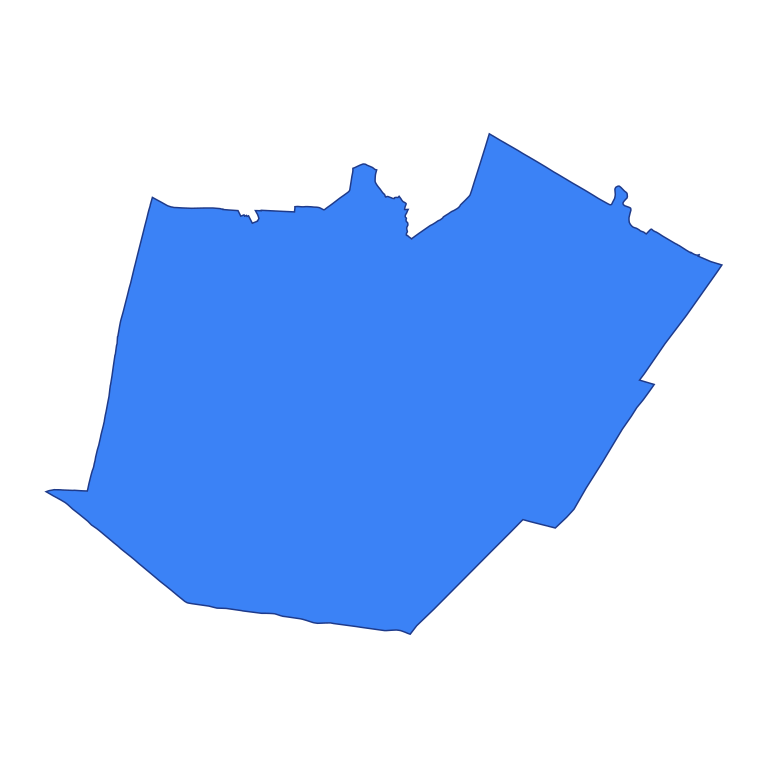 Gratia, Teleorman, Romania (Mercator projection)
{"feature_id": "2599482B57030470282711", "entity_name": "Gratia", "entity_type": "district", "adm_level": 2, "iso_a3": "ROU", "parent_name": "Romania", "parent_adm1": "Teleorman", "projection": "mercator", "projection_center": [25.423, 44.436], "detail": "fine", "context": "isolated", "style": "filled", "palette": "blue", "viewbox_px": 768, "rotation_deg": 0, "n_neighbors": 0, "source": "geoboundaries", "source_scale": "gbopen_adm2", "svg_char_len": 6042}
<svg xmlns="http://www.w3.org/2000/svg" viewBox="0 0 768 768"><path d="M410.2,634.2L416.7,625.7L433.9,609.2L490.9,551.8L510.9,531.8L522.9,519.6L530.5,521.7L555.3,528.0L566.6,517.3L574.0,509.2L586.2,488.0L601.9,463.1L622.3,429.2L631.3,416.3L636.8,407.6L643.3,399.7L650.2,390.2L654.2,384.5L639.5,380.1L644.2,373.9L665.0,343.7L686.5,315.3L717.6,271.3L721.9,265.0L710.8,261.6L698.2,256.2L699.7,254.4L699.2,254.6L698.7,254.9L698.1,255.1L697.3,255.1L696.3,255.0L694.9,254.6L693.4,253.9L690.9,252.4L690.7,252.8L690.0,252.4L686.0,250.0L678.9,245.4L677.9,245.0L677.3,244.5L675.4,243.6L673.0,242.2L669.6,240.2L662.5,236.0L658.7,233.5L656.1,232.0L655.1,231.7L654.6,231.3L653.6,230.9L652.4,229.9L651.6,229.2L651.1,229.2L650.7,229.4L649.9,230.1L646.3,233.9L645.7,233.6L643.7,232.1L641.2,231.2L640.4,230.9L639.1,229.8L636.5,228.3L634.9,227.8L633.4,227.3L632.1,226.4L630.4,224.5L629.3,222.4L629.0,220.1L629.0,217.7L629.5,215.5L630.0,213.4L630.9,210.2L630.8,208.8L630.6,208.2L630.1,207.8L628.8,207.2L624.6,205.7L623.4,204.6L623.0,203.7L623.1,202.6L623.8,201.5L625.7,199.3L626.9,198.2L627.4,196.7L627.2,194.3L627.0,193.3L626.1,192.3L624.6,191.2L621.1,187.6L619.4,186.2L618.6,186.1L617.9,186.2L617.2,186.5L615.8,187.3L615.1,188.5L614.9,189.6L615.3,194.5L615.1,196.2L614.6,198.5L613.1,201.3L611.8,204.0L611.4,204.5L610.9,204.7L610.5,204.8L609.9,204.7L609.3,204.5L607.2,203.4L600.9,199.9L598.1,198.3L593.3,195.3L590.0,193.3L585.2,190.4L578.5,186.5L572.4,183.0L557.7,174.2L554.0,172.1L549.5,169.3L545.5,166.8L536.8,161.6L522.7,153.4L518.0,150.5L513.0,147.6L507.4,144.4L499.9,140.1L489.3,133.8L485.4,146.7L480.4,162.7L476.7,174.4L474.4,181.6L471.9,189.7L470.5,193.8L470.0,195.1L469.0,196.4L465.0,200.5L461.3,204.1L460.5,204.9L459.8,206.2L458.5,207.6L457.0,208.7L454.1,210.4L451.7,211.5L450.6,212.2L448.6,213.6L445.7,215.4L443.4,216.9L443.2,217.1L442.7,218.0L442.1,218.5L441.1,219.2L440.6,219.6L439.8,220.1L438.2,220.7L435.3,222.7L432.2,224.6L430.9,225.2L430.0,225.7L418.9,233.4L413.8,237.1L412.2,238.3L411.7,238.9L409.0,236.9L407.5,235.5L407.1,235.6L406.3,235.0L406.4,233.7L406.6,233.0L407.2,232.2L407.4,231.7L407.3,231.1L407.0,230.2L406.8,229.2L406.7,228.0L406.8,227.4L407.6,225.7L407.9,225.1L407.9,224.1L407.7,223.1L407.5,222.5L406.6,221.8L406.3,221.4L406.0,220.0L406.0,219.5L406.3,219.0L406.4,218.7L406.4,218.3L406.3,218.0L405.8,217.6L405.5,217.3L405.3,216.9L405.2,216.3L405.3,215.5L405.5,214.8L406.7,212.8L407.4,211.0L408.2,209.4L407.4,209.4L405.4,209.6L404.6,209.5L404.7,208.8L404.8,208.0L405.2,206.5L406.0,204.5L406.1,203.9L406.1,203.6L405.9,203.4L405.6,203.1L404.9,202.6L403.8,202.0L403.3,201.8L403.0,201.6L401.9,200.3L400.9,198.7L399.1,196.3L398.3,197.2L397.9,197.5L397.4,197.5L396.7,197.4L395.9,197.4L394.8,197.6L394.6,197.7L394.5,198.2L394.3,198.5L394.1,198.6L393.7,198.5L393.0,198.4L392.3,198.3L391.4,197.8L389.4,197.1L388.7,196.8L388.2,196.6L387.5,196.5L387.0,196.5L386.2,196.9L385.8,197.0L385.5,196.9L385.3,196.6L385.0,195.5L384.6,194.6L384.5,194.3L384.2,194.2L383.6,193.6L382.7,192.7L381.8,191.5L380.2,189.2L378.7,187.4L377.4,185.7L376.6,184.5L375.6,182.8L375.2,181.8L375.1,181.1L375.1,180.1L375.2,177.5L375.4,175.0L375.7,173.5L376.2,171.6L376.7,169.9L374.8,169.4L373.7,168.4L372.5,167.5L369.8,166.3L368.5,165.8L366.9,165.1L365.8,164.4L365.3,164.2L364.6,164.1L363.6,164.0L363.1,164.0L362.5,164.2L359.9,165.2L357.1,166.5L354.6,167.7L352.9,168.3L352.9,170.7L352.6,172.9L351.9,176.3L351.2,180.9L349.8,189.8L349.6,190.4L349.3,190.9L348.9,191.4L348.5,191.8L347.8,192.4L343.8,195.3L339.8,198.1L332.8,203.5L329.8,205.7L327.8,207.1L325.7,208.7L324.6,209.6L324.2,209.7L323.8,209.7L323.3,209.7L322.9,209.4L320.6,208.2L319.5,207.7L318.2,207.4L316.7,207.2L314.2,207.1L311.1,206.8L307.3,206.6L305.9,206.6L303.6,206.8L301.8,206.8L298.2,206.5L297.0,206.5L294.9,206.7L294.9,208.3L294.6,210.6L294.5,211.9L283.5,211.4L261.3,210.3L261.3,210.7L260.0,210.7L255.4,210.6L256.7,213.0L257.3,214.0L257.8,215.1L258.3,216.5L258.9,218.5L258.3,219.7L257.5,220.6L257.6,221.0L257.4,221.2L257.1,221.4L256.7,221.5L252.3,223.2L248.5,215.8L247.0,216.4L246.5,215.4L244.6,216.2L244.0,214.9L240.8,216.2L238.0,210.6L229.0,210.0L222.9,209.5L222.9,209.1L221.3,209.0L220.1,208.6L212.8,208.0L205.1,208.0L191.6,208.3L181.4,207.9L177.0,207.6L174.0,207.5L172.4,207.1L171.4,207.0L168.3,206.0L167.5,205.7L161.8,202.5L152.4,197.4L150.7,203.4L150.2,205.2L150.2,205.7L149.0,209.6L148.2,212.6L146.8,218.4L144.5,227.2L143.4,231.7L137.2,256.2L135.0,265.1L134.5,266.9L130.6,283.2L129.2,288.1L127.4,295.4L126.1,300.4L123.2,311.8L121.0,319.6L120.5,321.6L119.7,325.7L118.2,334.3L118.1,334.7L118.1,335.5L117.5,336.8L117.1,343.6L116.5,345.7L115.3,354.6L115.0,355.0L113.3,366.5L112.0,375.9L111.0,382.0L110.6,384.4L110.3,385.6L110.1,387.3L109.8,389.4L109.6,391.3L109.2,394.7L109.0,396.4L108.5,398.9L108.2,400.4L106.0,412.1L105.3,415.2L104.6,419.2L104.4,420.3L104.3,421.4L103.9,423.0L103.4,425.3L102.6,428.5L102.1,430.4L101.0,434.8L100.4,437.9L99.3,442.7L98.8,445.0L97.3,450.0L96.0,455.6L95.7,456.7L95.0,460.8L94.3,463.5L93.8,466.1L93.6,467.0L93.1,468.6L92.3,470.7L91.4,473.8L90.7,476.5L89.8,480.2L88.9,483.8L87.9,488.6L87.3,491.0L84.2,490.9L80.3,490.7L74.5,490.3L72.7,490.4L62.7,490.0L60.2,489.8L54.1,489.7L52.1,490.1L49.3,490.6L47.4,491.2L46.1,491.7L53.2,495.8L60.7,499.9L65.1,502.5L66.8,503.8L67.8,504.6L72.8,509.2L74.5,510.5L79.1,514.1L84.5,518.5L87.8,521.2L90.8,524.3L91.5,525.0L96.9,528.7L99.3,530.6L105.5,535.8L108.4,538.2L113.7,542.7L117.7,545.9L120.9,548.8L133.4,558.8L138.8,563.5L150.7,573.4L160.3,581.5L169.5,588.8L177.9,595.8L184.8,601.4L187.1,602.7L188.2,603.0L192.1,603.7L209.0,606.1L213.2,607.2L217.0,608.1L226.1,608.4L241.5,610.6L242.8,610.9L245.1,611.2L261.6,613.3L265.4,613.3L269.4,613.4L272.9,613.6L274.8,613.8L277.4,614.6L280.4,615.6L282.9,616.3L286.1,616.7L300.5,618.8L302.7,619.3L306.4,620.4L313.2,622.6L314.8,622.9L317.6,623.3L325.3,623.0L330.5,622.9L333.5,623.5L356.6,626.6L361.1,627.3L378.2,629.7L384.7,630.6L386.1,630.6L392.1,630.2L396.2,630.0L397.3,630.1L398.9,630.3L400.6,630.6L402.9,631.4L405.3,632.3L407.6,633.3L410.2,634.2Z" fill="#3b82f6" stroke="#1e3a8a" stroke-width="1.5"/></svg>